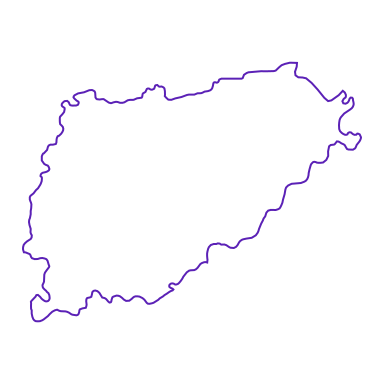 the district of Polotsk, Vitebsk, Belarus
{"feature_id": "67162791B45929653886900", "entity_name": "Polotsk", "entity_type": "district", "adm_level": 2, "iso_a3": "BLR", "parent_name": "Belarus", "parent_adm1": "Vitebsk", "projection": "albers", "projection_center": [28.82, 55.497], "detail": "fine", "context": "isolated", "style": "outline", "palette": "violet", "viewbox_px": 384, "rotation_deg": 0, "n_neighbors": 0, "source": "geoboundaries", "source_scale": "gbopen_adm2", "svg_char_len": 5816}
<svg xmlns="http://www.w3.org/2000/svg" viewBox="0 0 384 384"><path d="M342.8,90.8L338.7,95.2L331.4,100.4L328.1,101.1L324.3,97.8L317.6,89.5L311.6,82.9L306.1,78.3L302.5,77.5L298.3,77.3L295.5,75.3L295.0,71.8L296.7,66.7L297.0,62.9L289.9,62.7L285.0,63.9L281.6,65.2L279.0,67.4L275.8,70.5L274.7,70.9L273.5,71.1L265.3,71.3L261.2,71.2L248.5,72.3L246.7,73.0L244.0,74.8L242.7,78.1L241.5,78.7L221.4,78.7L219.4,79.5L218.9,80.2L218.7,81.2L218.1,82.1L216.9,82.7L214.9,82.2L213.9,82.5L213.4,83.2L212.9,85.9L212.2,88.2L211.3,89.5L210.0,90.4L208.0,91.1L204.6,91.6L202.5,92.7L201.0,93.2L197.5,93.3L194.3,94.6L188.9,94.6L186.9,95.0L181.5,97.0L175.3,98.4L171.4,99.8L168.7,99.7L168.1,99.5L165.9,97.4L164.8,96.1L165.0,94.8L164.9,91.1L164.4,88.4L163.5,87.4L161.6,86.5L159.6,86.7L158.9,86.5L157.3,85.0L155.9,85.2L155.2,85.6L154.2,88.7L152.4,89.6L151.4,89.7L150.5,89.5L148.9,88.5L147.8,88.5L146.8,89.0L145.4,92.0L143.0,93.4L142.6,94.1L142.2,96.8L141.6,97.7L137.1,98.3L133.9,99.7L132.8,99.9L129.7,99.9L127.7,100.3L124.4,102.3L122.5,102.8L120.0,102.8L117.7,102.0L116.0,101.8L113.6,102.3L111.4,103.1L110.6,103.1L108.8,102.6L103.6,99.1L102.4,99.1L99.6,99.5L97.0,99.2L96.3,98.7L95.5,97.5L95.2,92.9L94.7,91.5L93.6,90.7L92.0,90.0L89.3,90.2L84.0,92.3L78.1,93.4L74.5,95.3L73.7,96.4L73.5,97.4L74.3,98.5L75.4,99.5L76.7,100.7L77.9,101.3L78.7,102.2L78.6,103.4L77.9,104.8L76.2,105.5L72.4,105.6L71.1,105.4L70.2,105.1L69.6,104.3L69.1,103.0L68.7,102.2L67.2,100.9L64.8,101.1L63.9,101.6L62.3,103.2L61.8,104.1L61.7,105.3L62.2,106.3L64.5,107.9L64.7,109.0L64.1,112.0L62.5,114.1L60.1,116.7L59.8,118.0L59.8,121.1L59.9,122.6L60.2,124.2L61.6,125.5L62.8,126.9L63.3,128.7L63.1,130.4L62.4,131.9L61.2,133.7L59.1,135.7L57.7,136.2L56.9,137.9L56.6,139.3L56.4,142.5L55.8,144.0L52.8,144.7L50.3,144.7L48.7,145.5L47.9,146.9L47.1,149.9L43.9,153.3L43.1,153.6L42.5,154.6L41.8,156.3L41.8,160.5L44.2,163.9L45.7,164.8L47.8,165.6L48.7,166.9L49.4,169.0L48.9,170.3L47.4,171.4L45.6,172.1L42.6,172.8L41.3,173.7L40.6,175.1L40.5,176.1L41.8,177.3L41.9,178.6L41.7,181.1L41.0,183.1L40.4,184.5L38.0,188.3L36.0,190.1L33.5,193.4L30.5,195.8L29.8,197.2L29.8,199.5L30.3,201.0L31.0,202.7L31.4,204.3L31.2,208.1L30.7,211.0L30.7,214.3L29.9,218.2L29.2,219.9L29.0,222.1L29.5,225.0L30.7,228.9L30.5,232.2L30.9,233.7L31.8,235.3L31.6,237.5L30.7,239.0L27.0,241.4L24.9,243.3L23.7,244.9L23.1,247.1L23.0,249.2L23.4,250.7L23.9,252.3L25.6,252.4L29.7,254.1L30.5,255.2L31.0,256.8L32.0,258.2L34.6,259.1L37.7,259.0L40.2,258.2L42.3,258.0L44.7,258.5L46.4,259.2L47.5,260.7L48.1,262.6L48.5,264.1L49.3,266.2L49.0,267.2L46.7,270.2L45.0,272.6L44.3,274.6L44.0,281.7L43.4,283.2L42.5,285.1L42.7,286.9L43.2,288.0L44.5,289.4L46.0,290.7L47.0,292.0L48.4,293.1L49.3,295.1L49.6,297.3L49.6,298.7L49.1,299.9L48.2,300.9L47.1,301.3L46.0,301.4L44.7,301.0L42.8,299.7L41.5,298.6L40.1,296.8L37.9,294.9L36.4,295.1L35.5,296.7L31.4,301.0L30.9,301.8L31.1,303.1L31.0,306.0L31.1,308.9L31.7,310.3L31.7,313.6L32.4,316.9L33.4,319.3L34.3,320.3L35.5,321.1L37.3,321.3L39.9,321.2L42.2,320.3L43.7,319.4L47.9,316.1L49.8,314.0L52.3,311.7L54.9,310.3L57.1,309.7L59.3,310.8L60.9,311.2L65.5,311.4L67.1,311.8L68.9,312.6L71.4,314.3L72.5,314.7L76.4,315.3L77.7,314.9L78.6,313.9L79.2,312.0L79.4,310.4L79.8,309.4L82.4,308.4L85.8,307.8L86.4,306.0L86.6,304.6L86.2,301.2L86.4,299.2L87.2,298.0L90.0,297.4L91.3,296.8L92.0,294.1L92.3,292.2L93.5,290.9L95.2,290.5L97.3,291.1L98.2,291.8L99.4,292.9L102.2,297.5L104.7,298.1L106.2,299.1L108.1,301.4L109.4,302.5L110.0,302.5L110.9,302.2L111.3,301.4L111.6,299.7L112.4,297.3L113.4,296.6L116.5,295.6L118.1,295.7L119.8,296.2L122.0,297.8L123.9,299.6L126.1,300.9L129.3,300.7L131.8,298.8L132.9,297.7L134.1,296.8L135.6,296.3L137.3,296.3L139.5,296.6L142.5,298.1L144.4,299.7L146.8,302.9L147.9,303.7L149.5,303.8L151.9,303.3L153.5,302.8L158.3,299.8L159.7,298.4L163.0,296.4L164.5,295.1L166.8,293.7L168.9,292.2L170.7,291.1L172.6,290.4L173.4,289.5L172.6,288.7L170.5,287.8L169.4,286.9L169.2,286.0L169.5,284.8L170.6,283.8L171.4,283.5L172.6,283.4L173.8,283.7L175.1,284.5L176.2,284.5L177.8,284.0L179.0,283.0L180.7,281.0L182.3,278.7L183.4,276.6L186.8,272.3L189.2,270.6L190.7,270.3L194.2,270.1L195.8,269.4L197.5,267.9L200.4,264.0L202.0,263.0L204.2,262.2L205.8,262.1L207.2,262.5L207.5,259.8L207.3,258.3L207.1,255.9L207.1,253.6L207.4,251.7L208.1,248.9L208.9,247.1L210.8,245.0L213.7,244.0L216.3,244.0L217.8,243.4L219.7,243.6L221.2,244.6L224.4,244.5L226.4,245.2L229.0,247.0L230.4,247.7L233.8,248.0L236.0,246.9L237.5,245.2L239.1,242.3L240.2,241.0L241.9,239.8L243.2,239.3L246.4,238.6L251.7,237.8L255.8,235.3L257.7,232.7L258.5,230.8L259.0,229.0L260.1,226.3L261.2,223.6L262.8,220.6L263.6,218.5L265.2,216.4L266.4,212.6L268.2,210.6L270.8,209.9L275.7,210.0L277.9,209.3L279.6,208.4L280.6,206.8L281.4,205.1L282.4,202.7L283.0,199.7L284.6,194.2L285.4,189.5L286.1,187.5L288.1,185.5L291.6,183.8L300.9,183.0L304.3,181.7L305.8,180.8L307.2,179.1L308.0,177.3L308.5,175.3L308.7,173.0L309.5,169.4L310.7,165.2L311.4,163.8L313.1,162.1L314.2,161.8L315.8,162.1L316.8,162.6L318.3,162.8L320.6,162.8L323.1,162.5L326.3,159.9L328.2,156.0L328.1,151.3L329.1,146.3L330.7,145.0L334.0,144.6L334.7,144.2L336.9,141.4L338.6,141.6L340.2,142.5L341.3,143.3L343.6,144.3L344.8,145.2L345.6,146.7L347.0,149.0L348.4,149.5L352.9,149.7L354.9,148.5L355.6,147.6L356.7,144.9L359.4,141.5L360.1,140.3L360.8,138.6L361.0,137.3L359.7,134.4L358.2,133.7L357.3,133.6L356.3,134.7L354.4,134.8L352.9,134.1L350.9,132.4L349.3,132.3L348.0,133.1L347.4,134.4L346.3,134.8L345.1,134.8L343.3,134.0L341.6,132.8L340.0,131.1L339.2,129.0L339.0,125.2L339.2,122.5L339.6,120.0L340.2,118.4L341.1,117.0L344.2,113.5L350.0,109.6L351.8,108.2L352.9,106.7L353.5,105.1L353.7,104.0L353.5,102.4L353.1,100.7L352.8,98.5L352.1,97.7L350.6,97.6L349.6,98.7L349.0,100.5L348.3,101.8L347.4,102.8L345.6,103.7L343.3,103.3L342.4,101.2L343.7,98.9L345.6,97.4L345.9,96.3L345.9,94.9L344.8,92.5L342.8,90.8Z" fill="none" stroke="#5b21b6" stroke-width="2"/></svg>